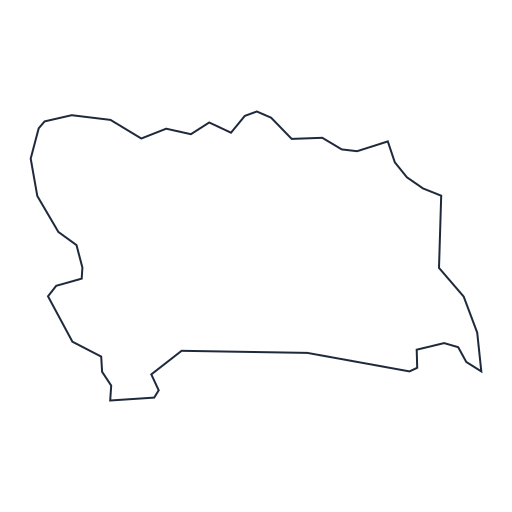 the Unitary Authority of West Berkshire
{"feature_id": "GBR-5700", "entity_name": "West Berkshire", "entity_type": "Unitary Authority", "adm_level": 1, "iso_a3": "GBR", "parent_name": "United Kingdom", "parent_adm1": "", "projection": "mercator", "projection_center": [-1.328, 51.443], "detail": "fine", "context": "isolated", "style": "outline", "palette": "slate", "viewbox_px": 512, "rotation_deg": 0, "n_neighbors": 0, "source": "natural_earth", "source_scale": "10m", "svg_char_len": 726}
<svg xmlns="http://www.w3.org/2000/svg" viewBox="0 0 512 512"><path d="M481.3,371.4L466.3,362.0L458.2,347.2L444.1,343.1L416.7,349.7L417.2,367.8L409.5,371.4L307.3,352.9L181.6,350.8L151.3,374.4L158.7,390.3L154.2,397.6L110.2,400.5L111.2,385.6L102.1,371.8L101.2,356.6L72.4,341.7L48.0,296.3L56.2,285.8L81.7,278.6L82.4,267.6L76.5,245.1L58.4,232.0L37.3,196.0L34.0,177.4L30.7,158.6L38.7,128.3L44.6,121.4L71.7,115.2L110.5,119.9L141.3,138.5L166.2,128.7L190.9,134.2L209.2,122.5L231.0,132.7L244.8,115.9L256.8,111.5L271.1,117.7L291.7,138.9L322.3,137.8L341.7,149.4L357.1,151.2L387.8,141.4L394.8,162.3L406.9,177.3L423.1,188.5L441.2,195.7L439.0,267.9L463.7,296.6L477.2,332.6L481.3,371.4Z" fill="none" stroke="#1e293b" stroke-width="2"/></svg>